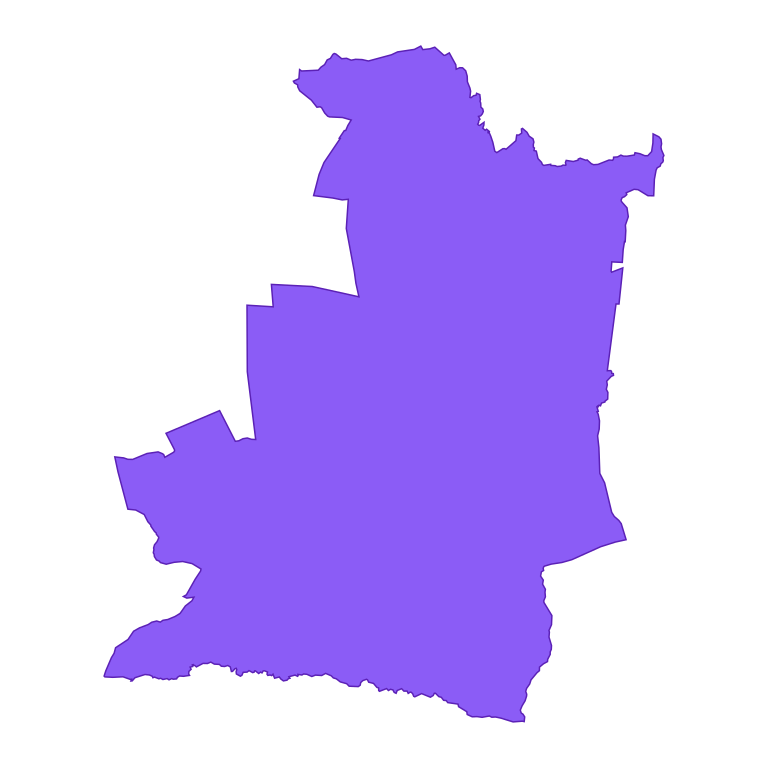 Baltesti, Prahova, Romania (Natural Earth projection)
{"feature_id": "2599482B69098006337159", "entity_name": "Baltesti", "entity_type": "district", "adm_level": 2, "iso_a3": "ROU", "parent_name": "Romania", "parent_adm1": "Prahova", "projection": "natural_earth1", "projection_center": [26.112, 45.09], "detail": "fine", "context": "isolated", "style": "filled", "palette": "violet", "viewbox_px": 768, "rotation_deg": 0, "n_neighbors": 0, "source": "geoboundaries", "source_scale": "gbopen_adm2", "svg_char_len": 6084}
<svg xmlns="http://www.w3.org/2000/svg" viewBox="0 0 768 768"><path d="M626.1,539.7L621.2,523.6L618.8,520.4L614.3,516.5L611.7,512.3L604.6,482.8L599.8,473.4L598.9,447.7L597.6,435.8L599.2,429.1L599.5,420.8L598.2,414.2L597.0,411.8L598.3,411.4L596.9,406.8L597.5,406.1L598.2,406.7L599.0,405.2L600.5,405.8L601.5,403.1L604.9,402.0L605.1,401.1L607.7,399.1L607.9,392.4L606.3,389.3L607.3,384.8L606.7,381.2L611.3,376.3L613.5,375.4L613.3,373.6L611.7,373.3L611.5,371.4L610.8,370.6L607.3,370.7L616.0,304.0L619.0,304.0L622.8,267.9L611.6,272.2L611.1,271.2L611.8,261.9L622.3,262.4L623.2,249.5L624.5,241.5L625.2,241.7L625.8,230.5L625.4,225.1L628.3,216.7L627.0,207.8L622.1,202.3L621.2,201.0L621.2,199.8L622.2,197.6L624.5,196.7L626.8,194.6L626.2,192.8L634.1,189.3L638.1,189.7L647.9,195.7L653.7,195.8L654.4,179.3L656.1,170.1L657.2,167.8L660.2,166.1L660.9,163.7L662.7,162.2L663.3,160.7L662.9,157.6L663.9,155.5L661.4,149.6L661.0,146.9L661.6,143.8L661.0,139.2L658.9,136.8L653.1,133.9L652.9,143.0L651.6,151.6L647.8,155.7L644.8,155.7L639.9,153.7L635.0,152.7L634.4,155.0L627.0,156.2L623.3,156.1L620.9,155.1L617.6,156.9L613.6,157.2L613.5,158.9L612.6,160.3L609.1,160.0L598.0,164.4L593.6,164.7L591.3,163.7L587.1,159.9L585.9,160.3L580.2,158.2L578.2,159.1L578.0,160.2L573.3,161.5L566.2,160.4L565.4,162.5L566.0,164.9L565.6,165.3L563.0,165.1L561.2,166.1L557.1,166.5L555.2,165.7L550.9,165.4L550.7,164.3L543.8,165.4L542.4,164.5L541.5,162.3L538.0,158.6L536.3,151.1L534.0,150.5L534.4,148.0L533.4,147.2L533.3,144.5L533.9,142.1L533.0,138.8L529.2,136.2L527.0,132.3L522.5,128.4L521.4,129.0L521.7,133.1L518.9,135.0L516.7,135.0L515.9,140.7L506.0,149.3L504.8,148.6L502.9,148.7L496.8,152.6L494.8,151.2L492.8,142.2L490.8,136.3L489.4,133.1L488.0,132.7L488.1,131.8L489.2,132.2L489.4,131.5L486.6,129.2L485.2,130.3L482.8,128.2L483.9,125.0L484.0,122.3L479.7,125.4L478.6,125.2L477.7,124.2L478.6,122.6L478.7,120.8L480.0,119.2L478.5,116.4L480.6,115.9L482.3,113.9L483.3,111.5L482.8,109.0L480.9,107.1L480.7,103.0L480.0,101.2L480.4,99.5L479.8,94.6L476.6,93.3L476.0,95.3L473.8,95.6L471.0,97.7L469.9,97.4L470.6,91.2L469.9,88.0L467.4,81.8L467.2,76.1L465.7,70.8L462.6,67.8L459.8,67.7L456.2,69.2L455.8,64.8L449.3,52.9L445.1,55.3L443.9,55.3L434.8,47.2L429.9,48.8L422.8,49.6L420.8,46.1L414.4,49.4L397.6,51.9L391.4,54.8L368.4,61.0L362.2,59.6L355.6,59.3L351.2,60.2L346.6,58.3L341.7,58.7L335.9,54.0L334.2,53.5L332.9,54.4L330.4,58.4L327.2,59.9L324.6,64.6L320.9,67.2L318.3,70.2L301.6,71.0L299.6,69.6L298.9,78.7L293.4,81.2L294.4,83.0L297.6,84.8L297.8,87.0L299.7,90.8L311.4,100.2L316.9,107.2L320.2,106.8L321.6,107.7L324.7,113.0L327.7,116.2L329.5,116.9L342.5,117.5L351.2,120.0L347.9,125.4L345.7,130.5L344.3,130.6L339.2,138.2L340.2,138.5L324.0,162.5L319.1,174.4L313.6,195.6L332.7,198.0L342.2,199.9L348.3,199.3L346.3,228.5L354.3,271.5L355.9,283.2L358.9,296.8L312.2,286.5L271.4,284.4L273.2,306.8L247.0,305.2L247.3,371.7L255.7,439.5L251.4,439.3L247.3,438.0L243.0,438.7L238.8,440.8L235.3,441.3L219.6,410.6L166.0,433.3L174.4,449.5L174.6,450.9L173.7,452.2L164.8,457.3L163.7,454.6L162.5,453.7L158.1,451.9L147.0,453.5L132.7,459.4L127.8,459.3L123.7,457.9L114.8,456.9L118.0,471.9L127.9,509.2L135.7,510.0L144.2,514.5L147.9,521.8L150.8,525.0L150.9,526.2L154.6,531.6L156.1,532.8L156.4,534.3L158.6,537.0L158.7,538.0L157.1,541.6L154.5,544.8L153.6,548.0L153.9,549.6L153.3,552.8L154.1,554.2L154.4,556.6L156.5,560.0L159.0,561.0L160.5,562.6L166.2,564.2L174.2,562.3L182.7,561.5L192.1,563.6L201.0,569.0L200.6,571.0L195.2,579.2L186.4,594.8L183.4,596.5L186.8,598.1L193.9,597.2L191.9,600.8L185.4,605.9L180.1,613.4L175.0,616.5L167.8,619.5L162.9,620.3L160.3,622.1L156.7,621.0L151.8,622.2L148.1,624.6L139.6,627.8L133.6,631.2L128.0,639.5L115.6,647.7L114.1,653.3L111.5,657.5L105.8,670.8L104.1,676.1L104.9,676.9L112.8,677.3L123.0,676.8L130.0,679.3L131.6,679.2L130.9,681.0L132.2,680.9L135.0,677.7L145.0,674.5L149.5,675.0L152.3,676.3L152.9,677.7L154.5,677.1L158.9,678.8L160.7,678.3L162.9,679.5L167.1,678.6L169.0,679.8L171.8,678.6L173.1,679.2L176.6,678.9L177.4,677.4L179.5,676.0L183.5,676.3L189.5,675.4L188.7,674.0L188.9,671.4L191.1,669.3L190.1,667.1L192.7,666.5L192.3,664.8L193.3,664.6L193.6,665.4L194.7,665.4L196.4,666.9L203.0,663.4L207.4,663.5L210.8,662.1L214.3,664.1L219.4,664.4L221.3,666.2L224.6,666.5L227.8,665.5L230.3,666.9L231.4,671.5L232.5,671.4L235.0,668.7L236.2,668.3L236.8,669.6L236.1,671.7L236.4,674.0L240.4,676.2L241.9,675.3L243.2,672.3L247.1,672.1L249.0,670.6L252.7,672.6L254.1,672.2L254.6,670.9L255.3,670.8L258.7,673.5L260.5,672.1L262.0,672.9L263.2,670.9L264.5,670.8L267.5,672.0L267.0,674.2L267.8,675.4L270.2,675.0L271.7,675.6L273.0,674.2L274.6,678.2L279.3,677.0L280.8,679.0L283.4,680.9L287.0,680.2L288.5,678.6L289.9,678.3L288.9,676.7L295.0,675.1L297.6,676.3L298.1,675.7L297.9,674.4L301.9,675.0L303.6,674.0L306.9,674.3L311.8,676.5L315.5,675.1L321.7,675.5L325.6,673.4L331.3,675.8L333.3,677.9L336.3,678.8L340.3,681.9L346.7,683.7L349.1,686.2L358.3,686.6L360.2,685.2L360.7,682.6L362.8,680.6L366.5,679.3L367.5,679.8L368.7,682.2L373.5,683.4L376.9,687.4L378.6,687.9L378.7,690.6L379.5,691.3L386.6,688.6L388.4,690.5L390.5,689.3L392.9,689.9L394.2,692.4L396.1,693.3L397.2,690.5L401.6,688.7L403.9,691.1L407.1,691.1L408.2,693.4L410.3,692.1L411.3,692.3L412.7,693.8L413.7,696.3L414.8,696.8L421.6,693.6L430.4,697.2L433.2,695.5L434.3,693.3L435.5,693.3L438.8,696.6L441.3,697.3L443.6,700.3L446.3,700.6L447.7,702.6L458.0,704.1L458.6,706.7L466.8,711.7L467.2,714.5L472.2,716.8L477.0,716.6L482.1,717.3L489.4,716.0L491.7,717.2L495.6,717.0L500.8,718.1L513.1,721.9L522.3,721.2L524.2,721.6L524.7,716.9L523.0,714.2L521.2,713.0L520.3,710.1L522.1,705.8L525.1,700.8L526.6,696.0L526.7,694.2L525.7,691.4L526.6,688.4L529.7,684.0L531.0,679.9L537.0,672.7L539.4,670.7L539.5,667.1L543.6,663.7L547.5,661.6L547.7,659.3L550.2,654.4L550.2,651.9L551.3,649.4L551.5,645.5L549.0,637.1L549.4,632.1L549.0,630.5L551.5,624.7L551.9,615.6L543.9,602.4L543.8,600.7L545.4,596.8L545.0,592.2L545.4,589.3L542.6,584.2L543.3,580.1L540.6,576.1L541.4,571.8L543.6,570.5L543.2,568.4L543.6,567.0L544.3,566.2L551.3,564.1L561.9,562.5L571.8,559.7L600.7,546.7L615.2,542.1L626.1,539.7Z" fill="#8b5cf6" stroke="#5b21b6" stroke-width="1.5"/></svg>